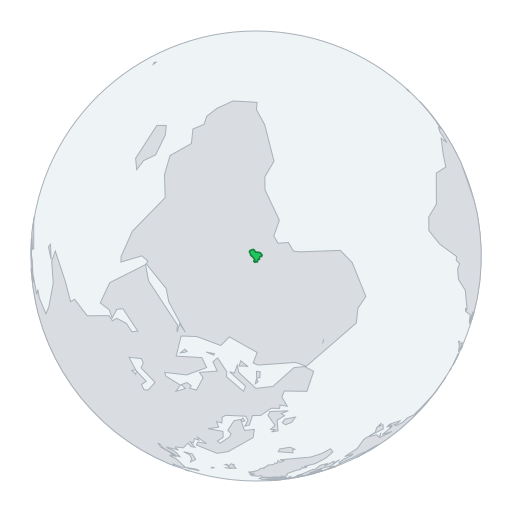 the Earth from above Nord, rotated 186°
{"feature_id": "CMR-1483", "entity_name": "Nord", "entity_type": "Province", "adm_level": 1, "iso_a3": "CMR", "parent_name": "Cameroon", "parent_adm1": "", "projection": "orthographic", "projection_center": [13.766, 8.625], "detail": "fine", "context": "on_globe", "style": "filled", "palette": "green", "viewbox_px": 512, "rotation_deg": 186, "n_neighbors": 0, "source": "natural_earth", "source_scale": "10m", "svg_char_len": 9926}
<svg xmlns="http://www.w3.org/2000/svg" viewBox="0 0 512 512"><g transform="rotate(186 256 256)"><circle cx="256" cy="256" r="225" fill="#eef3f6" stroke="#a8b0b8"/><path d="M179.2,44.2L179.4,44.1L174.2,46.1L179.5,44.2L184.0,42.6L187.8,41.4L188.8,41.3L182.4,43.4L180.9,43.8L179.5,44.5L175.9,45.7L178.3,45.0L170.3,48.1L179.5,45.0L174.4,47.5L168.7,49.6L167.6,49.4L154.8,54.7L179.2,44.2ZM135.5,65.6L128.0,71.2L122.0,75.4L115.2,81.0L119.2,78.3L126.0,73.1L131.8,70.1L139.4,64.8L142.9,63.1L151.4,58.2L151.9,59.2L147.7,63.0L140.7,67.3L138.7,69.3L146.8,65.8L135.1,75.3L129.8,84.6L126.6,87.4L117.6,90.8L114.0,88.5L102.5,95.6L111.7,91.6L103.5,99.9L102.8,101.8L104.3,102.1L108.1,99.3L105.7,102.6L95.6,107.2L97.7,104.2L100.9,102.6L99.1,101.9L92.3,106.2L88.6,110.8L82.2,114.7L79.5,118.2L76.6,121.4L81.3,115.3L72.7,126.7L64.6,137.3L54.9,154.5L63.3,139.3L72.9,124.8L83.5,111.1L95.1,98.3L107.7,86.4L121.2,75.5L135.5,65.6ZM33.5,220.7L33.3,222.2L35.0,214.0L36.7,210.6L34.2,223.5L37.1,212.7L36.7,219.8L41.6,222.8L40.6,225.5L44.3,243.8L52.2,253.9L54.1,264.2L52.7,269.7L56.4,272.6L56.5,276.5L74.6,287.1L86.7,299.3L88.3,312.8L82.0,326.4L85.4,357.3L76.5,364.4L80.4,376.5L84.2,392.5L78.0,388.8L86.1,398.7L87.9,403.0L85.6,402.0L90.7,408.2L89.3,407.2L94.2,412.2L100.2,418.7L108.0,425.9L108.8,426.6L95.4,414.0L83.1,400.4L71.9,385.8L61.9,370.4L45.2,334.7L41.7,325.2L39.7,318.9L35.7,302.9L32.8,286.6L31.2,270.1L30.7,253.6L31.5,237.1L33.5,220.7ZM48.8,167.7L44.8,179.9L44.2,179.5L44.9,177.8L46.7,172.7L47.4,170.8L48.8,167.7ZM54.6,155.5L55.1,154.2L55.1,154.6L54.6,155.5ZM150.6,58.2L150.9,58.2L149.2,59.1L150.6,58.2ZM153.9,56.2L151.5,57.2L152.8,56.4L154.2,55.8L153.9,56.2ZM156.5,55.3L155.2,55.0L157.5,53.7L164.7,50.6L156.5,55.3ZM185.0,42.2L180.2,43.9L183.3,42.8L185.0,42.2ZM189.6,40.9L189.8,40.7L196.4,38.8L197.2,38.7L194.8,39.3L189.6,40.9ZM193.8,39.7L197.5,38.9L195.3,39.7L189.9,40.9L193.8,39.7ZM197.7,38.4L200.9,37.6L199.4,38.0L197.7,38.4ZM189.5,43.2L189.5,42.6L192.9,41.5L189.5,43.2ZM199.1,38.5L199.8,38.2L201.2,37.8L203.1,37.5L199.1,38.5ZM215.0,34.5L208.5,35.8L212.3,35.0L213.0,34.9L206.8,36.2L208.1,35.9L215.0,34.5ZM209.1,36.2L201.4,38.4L200.6,39.4L197.5,40.4L199.4,38.6L209.1,36.2ZM208.3,36.0L208.1,36.3L204.4,37.1L202.2,37.4L208.3,36.0ZM219.0,33.8L218.6,33.9L219.0,33.8ZM209.6,36.3L211.4,35.8L210.0,36.3L209.6,36.3ZM217.0,34.2L216.2,34.3L217.9,34.0L217.0,34.2ZM215.8,35.0L213.3,35.6L211.8,35.7L215.8,35.0ZM216.9,34.5L219.5,34.1L212.7,35.4L216.3,34.5L216.9,34.5ZM218.8,34.0L219.5,33.8L218.8,34.0L218.8,34.0ZM223.1,34.4L214.9,36.1L211.5,36.2L219.9,34.5L223.1,34.4ZM121.6,436.6L121.2,435.8L123.1,437.1L123.8,438.0L121.6,436.6ZM466.5,175.7L467.9,179.6L469.5,184.2L474.7,202.1L478.5,220.5L477.9,216.9L474.7,206.5L477.7,222.9L480.2,235.0L481.2,248.5L481.2,250.3L480.8,246.7L479.4,233.1L478.2,229.0L476.0,214.7L470.1,194.9L469.5,199.9L467.1,191.6L458.9,176.5L456.7,183.5L454.8,207.9L458.6,229.4L456.1,239.9L443.1,211.0L435.6,191.2L431.9,194.0L417.6,178.9L396.0,181.3L392.0,176.5L388.2,179.5L377.9,175.5L371.5,167.7L365.7,168.9L382.8,189.6L388.8,188.5L392.6,179.3L396.3,187.1L406.0,193.1L398.6,214.2L365.0,235.9L360.2,220.0L326.8,179.1L327.0,174.3L326.8,173.7L326.3,172.8L324.8,180.7L318.5,172.9L338.0,201.4L341.9,214.2L364.5,236.9L362.8,239.6L369.6,244.2L389.7,235.9L390.1,241.3L381.6,267.6L352.4,304.6L355.5,327.3L352.0,346.9L332.0,361.1L332.0,375.7L321.4,381.5L319.6,389.8L310.1,398.9L294.9,407.8L271.0,408.9L270.9,401.6L261.1,387.5L248.0,352.2L255.5,335.5L253.9,322.6L236.5,294.0L240.4,277.7L235.4,271.0L225.2,272.8L219.3,264.8L213.0,264.7L172.8,270.4L159.8,259.7L142.5,227.3L149.2,214.6L149.2,199.9L194.4,151.6L205.4,154.3L242.7,147.7L247.6,149.3L244.8,160.2L274.0,172.8L281.6,163.3L306.5,169.7L322.1,168.6L324.9,148.1L299.3,149.3L293.4,139.9L312.5,130.5L334.6,130.7L333.0,127.1L317.7,119.7L321.5,113.1L312.3,116.8L317.0,120.2L311.4,123.0L306.8,120.1L308.2,117.6L301.2,116.4L295.9,129.5L300.1,134.3L282.5,137.5L287.8,146.3L283.5,150.7L272.9,137.7L272.9,132.9L254.3,120.1L252.7,125.3L270.1,138.1L265.3,137.2L263.2,145.5L261.0,138.5L242.3,124.3L225.5,128.1L206.5,149.0L196.2,151.1L186.6,147.3L191.2,126.7L213.7,124.7L215.6,118.4L209.2,109.9L216.5,110.3L216.6,106.9L224.9,106.2L234.7,97.9L242.8,96.9L244.9,87.2L249.3,85.7L246.8,91.6L249.5,95.6L269.5,94.4L272.8,92.2L272.5,86.4L278.0,87.2L275.2,81.8L285.8,79.3L270.5,78.1L269.7,72.3L275.1,67.9L272.1,66.0L263.3,73.4L262.3,76.7L265.8,79.7L260.6,89.9L254.2,91.9L249.2,81.3L239.5,83.3L239.9,75.1L263.3,58.5L274.1,55.7L295.6,61.8L294.2,65.0L285.7,64.2L295.2,69.7L293.6,66.9L298.2,68.0L298.7,63.6L301.9,64.3L296.8,59.4L300.8,59.7L304.1,62.8L308.2,57.6L316.2,57.7L315.5,56.4L312.6,54.9L324.6,56.6L323.6,55.6L319.3,54.5L314.4,52.0L310.6,48.4L315.0,49.2L317.0,50.6L327.7,55.1L332.3,59.3L333.7,59.4L330.8,56.0L317.7,50.3L314.1,48.0L320.6,50.2L318.0,49.2L317.6,48.4L321.3,48.5L314.3,46.0L304.0,38.3L310.2,38.5L317.1,40.8L314.6,38.6L320.3,40.1L335.3,45.2L350.0,51.3L364.2,58.4L377.9,66.5L390.9,75.6L403.3,85.6L415.0,96.4L425.8,108.0L435.8,120.3L444.9,133.3L453.1,146.9L460.3,161.1L466.5,175.7ZM180.7,175.9L179.9,180.2L179.9,180.3L180.7,175.9ZM359.5,142.0L371.7,141.9L363.5,130.0L367.6,129.3L363.3,125.8L362.9,129.2L352.1,119.9L356.4,116.2L353.5,111.4L349.3,111.3L343.2,119.8L358.6,132.8L356.9,137.9L359.5,142.0ZM41.8,222.8L42.1,225.7L41.1,225.2L41.8,222.8ZM42.4,184.4L42.3,185.3L41.6,187.6L41.4,187.7L42.4,184.4ZM45.1,190.3L45.7,192.3L44.3,192.4L45.1,190.3ZM44.5,181.8L44.5,189.3L42.0,191.4L42.3,186.9L43.1,186.9L44.5,181.8ZM51.3,162.2L50.8,163.5L49.8,165.6L51.3,162.2ZM54.6,155.9L55.4,153.9L54.6,155.9ZM104.1,99.6L104.8,99.4L105.5,100.3L103.7,101.3L104.1,99.6ZM118.1,97.7L113.8,103.1L115.6,99.6L112.1,101.6L111.4,97.3L124.9,88.7L118.9,93.1L118.1,97.7ZM114.3,90.0L113.2,93.1L113.8,90.1L114.3,90.0ZM209.1,91.2L212.5,93.0L210.2,96.8L199.9,100.0L203.1,94.3L209.1,91.2ZM217.9,94.9L215.8,84.4L222.2,82.7L219.0,85.3L223.4,85.1L219.4,89.5L227.4,98.7L225.9,102.8L207.7,105.4L214.5,102.0L210.8,100.2L217.9,94.9ZM199.4,67.0L198.6,64.1L213.4,63.7L212.4,66.5L202.1,69.4L197.1,67.8L199.4,67.0ZM169.6,50.5L168.3,50.7L170.1,49.9L172.7,49.1L169.6,50.5ZM189.2,43.0L177.0,49.7L174.9,50.0L170.3,54.5L163.0,57.2L166.2,54.1L157.2,59.9L157.2,58.2L151.6,62.2L159.7,55.0L159.4,54.3L162.5,54.0L169.2,51.4L172.0,50.0L179.7,45.9L182.2,43.7L189.3,41.4L193.6,40.4L194.0,40.5L189.3,41.9L193.3,41.2L186.8,43.3L189.2,43.0ZM239.8,38.6L234.1,38.5L241.1,40.4L234.6,41.3L235.8,41.5L231.8,43.0L228.9,45.4L225.8,45.7L226.0,46.6L223.4,47.8L222.7,49.2L216.8,50.4L215.4,52.3L213.4,51.8L212.7,54.9L210.6,53.2L206.9,55.1L210.9,55.8L180.7,61.7L169.7,66.6L161.7,72.1L159.1,69.2L165.0,62.7L175.2,55.7L186.1,51.8L183.0,51.5L187.3,49.8L188.0,50.7L189.5,48.3L193.3,47.2L202.3,42.9L202.2,40.9L205.5,39.6L207.4,39.9L209.4,38.5L215.2,38.2L217.7,37.4L226.0,36.7L228.2,38.2L230.8,37.2L237.2,37.1L239.8,38.6ZM225.4,34.2L229.5,35.1L228.0,36.2L214.3,37.1L211.2,37.8L202.3,39.1L204.7,37.6L207.0,37.3L209.8,36.7L208.0,37.4L211.5,36.5L214.8,36.1L218.5,35.4L218.9,35.8L225.4,34.2ZM252.3,145.1L255.9,145.4L261.4,144.7L260.2,150.2L252.3,145.1ZM239.4,135.4L242.5,134.6L243.5,141.4L239.8,141.4L239.4,135.4ZM243.4,128.7L242.6,134.0L240.8,131.1L243.4,128.7ZM249.7,90.8L252.9,89.9L253.6,91.3L252.2,93.5L249.7,90.8ZM259.0,46.8L256.0,46.0L256.8,45.5L253.7,42.9L258.2,42.4L261.8,43.8L259.0,46.8ZM321.0,151.8L317.0,155.9L314.5,154.1L316.3,153.0L321.0,151.8ZM287.6,153.0L295.6,155.3L287.1,154.5L287.6,153.0ZM263.4,45.9L261.6,44.8L265.0,45.2L263.4,45.9ZM261.3,42.0L265.2,42.3L258.4,42.1L261.3,42.0ZM378.2,435.9L377.5,437.9L375.1,438.6L378.2,435.9ZM385.9,340.6L368.2,375.5L358.9,376.5L358.8,366.9L366.4,346.1L377.7,339.2L383.7,329.4L385.9,340.6ZM480.7,272.0L480.8,268.3L477.8,239.7L479.0,239.3L481.3,255.4L481.3,256.3L481.3,259.0L481.3,259.5L480.7,272.0ZM459.4,231.3L463.4,243.5L461.6,246.2L459.4,231.3ZM299.6,44.3L298.9,48.1L301.3,51.4L307.5,53.8L298.5,52.4L294.7,47.3L299.6,44.3ZM303.0,38.7L297.6,37.3L300.1,37.4L301.6,37.7L303.0,38.7ZM299.7,38.2L292.9,37.7L289.9,36.6L295.9,37.2L299.7,38.2ZM278.3,40.5L277.8,41.5L275.0,41.0L278.3,40.5ZM302.3,35.5L304.0,35.9L301.5,35.4L300.1,35.1L302.3,35.5Z" fill="#d9dde1" stroke="#a8b0b8" stroke-width="1"/><path d="M257.7,250.7L257.6,250.8L257.4,251.2L257.3,251.3L256.9,251.6L256.7,252.0L257.1,252.3L258.2,253.6L258.3,253.9L259.1,254.6L260.0,255.3L260.3,255.3L260.5,255.5L260.6,255.8L260.8,255.8L261.0,255.9L261.1,256.0L261.2,256.3L261.5,256.5L261.6,256.8L262.1,257.9L262.4,258.8L262.5,259.1L262.8,259.2L263.0,259.3L263.0,259.7L262.9,259.9L262.8,260.1L262.7,260.3L262.4,260.7L262.5,260.8L262.4,260.9L262.3,261.0L262.1,261.1L261.8,261.3L261.7,261.3L261.2,261.6L260.9,261.7L260.0,262.1L259.8,262.2L259.7,262.3L259.4,262.2L259.1,262.1L259.0,261.9L258.9,261.8L258.8,261.7L258.7,261.7L258.4,261.7L258.2,261.7L258.2,261.3L258.2,261.2L257.8,260.8L257.7,260.7L257.5,260.4L257.4,260.4L257.4,260.2L256.6,260.1L256.5,259.8L256.4,259.7L255.8,259.8L255.7,259.8L255.4,259.9L255.2,260.0L254.8,259.9L254.7,259.9L254.5,259.7L254.4,259.7L254.2,259.6L254.0,259.8L254.0,260.0L253.8,260.0L253.7,260.0L253.4,260.0L253.1,259.9L252.4,259.7L252.1,259.6L251.9,259.5L251.7,259.5L251.6,259.4L251.6,259.2L251.6,258.9L251.4,258.8L251.3,258.7L251.2,258.7L250.2,258.0L250.1,257.7L250.0,257.3L250.0,257.1L250.0,256.9L250.3,256.8L250.5,256.7L250.7,256.4L250.6,256.1L250.8,256.1L251.0,256.0L251.3,256.1L251.7,255.9L251.8,255.8L251.8,255.7L252.0,255.5L252.2,255.4L252.3,255.2L252.4,254.4L252.3,254.1L252.6,253.6L252.6,253.3L252.6,253.2L252.4,253.1L252.5,253.0L252.7,252.9L252.8,252.9L252.9,252.7L253.0,252.7L253.5,252.5L253.8,252.4L253.9,252.1L253.9,251.9L254.0,251.6L254.0,251.4L253.9,251.2L253.9,250.9L254.0,250.8L254.0,250.7L253.9,250.5L253.9,250.4L254.0,250.3L254.1,250.2L254.4,250.2L254.5,250.2L254.6,250.3L254.8,250.3L255.0,250.3L255.3,250.2L255.6,250.2L255.6,249.9L255.7,249.7L255.8,249.7L256.0,249.8L256.3,249.8L256.6,249.8L256.8,249.8L256.9,250.0L257.0,250.1L257.2,250.3L257.3,250.3L257.7,250.4L257.7,250.7L257.7,250.7Z" fill="#22c55e" stroke="#15803d" stroke-width="1.5"/></g></svg>